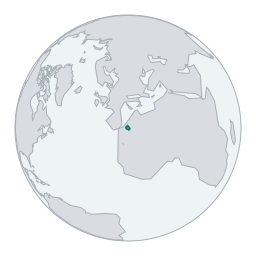 Naâma highlighted on a globe, orthographic projection, rotated 321°
{"feature_id": "DZA-2149", "entity_name": "Naâma", "entity_type": "Province", "adm_level": 1, "iso_a3": "DZA", "parent_name": "Algeria", "parent_adm1": "", "projection": "orthographic", "projection_center": [-0.771, 33.209], "detail": "fine", "context": "on_globe", "style": "filled", "palette": "teal", "viewbox_px": 256, "rotation_deg": 321, "n_neighbors": 0, "source": "natural_earth", "source_scale": "10m", "svg_char_len": 9821}
<svg xmlns="http://www.w3.org/2000/svg" viewBox="0 0 256 256"><g transform="rotate(321 128 128)"><circle cx="128" cy="128" r="113" fill="#eef3f6" stroke="#a8b0b8"/><path d="M26.9,78.4L27.8,76.5L39.5,58.3L44.7,52.2L50.2,46.5L56.2,41.2L56.5,41.0L65.7,34.8L62.8,36.8L65.4,35.4L69.1,32.9L70.9,31.7L84.7,25.6L97.6,20.7L100.0,19.4L100.8,19.7L104.1,18.0L106.9,17.4L108.2,17.1L104.4,18.0L104.6,18.1L109.1,17.1L110.4,17.1L113.3,16.7L114.3,16.8L111.0,17.8L111.6,18.0L114.8,17.4L117.8,17.3L113.1,18.2L117.9,18.3L113.2,20.7L99.7,24.2L98.1,26.7L86.8,33.6L88.9,33.5L85.9,36.5L87.2,37.6L84.7,38.8L87.8,38.6L89.8,37.3L91.9,36.8L92.8,37.4L89.8,39.1L88.9,39.0L88.5,39.8L86.7,40.4L88.1,40.5L84.4,42.5L89.4,41.4L87.6,43.9L84.8,45.1L83.4,43.7L73.3,43.8L70.0,45.1L66.8,48.0L64.3,55.9L61.4,58.0L58.7,61.8L61.1,61.1L64.0,57.9L67.8,57.7L71.0,54.2L73.0,53.7L76.9,50.8L78.1,52.8L77.2,56.3L73.9,58.9L73.4,60.7L78.0,59.6L73.4,66.1L72.8,73.6L71.4,75.3L66.1,75.7L62.4,71.8L55.4,73.5L61.7,74.1L58.2,78.8L58.3,80.5L59.6,81.3L61.7,80.3L60.8,82.4L54.3,82.3L54.9,80.3L57.0,80.3L55.2,78.6L50.8,79.1L49.3,81.8L44.1,80.6L43.0,82.5L41.3,83.6L43.4,80.4L39.5,86.2L33.2,87.5L27.8,97.9L31.1,87.5L31.1,84.4L30.6,81.7L29.7,83.4L30.3,78.4L28.6,78.4L24.7,85.0L21.8,92.4L21.4,96.9L22.8,94.7L23.4,97.1L19.7,104.1L20.2,110.8L18.3,117.2L18.0,122.3L19.1,124.1L19.9,128.5L21.7,126.4L24.0,127.3L22.9,133.0L25.1,129.6L25.8,134.0L31.1,139.8L30.4,140.6L34.7,152.2L41.3,160.2L42.8,165.4L41.8,167.3L44.5,169.8L44.6,171.5L56.9,180.5L64.5,187.6L65.2,193.0L60.6,196.7L60.6,206.9L53.4,205.9L54.4,209.4L53.7,211.9L49.0,208.0L53.3,212.2L53.1,212.1L46.1,205.3L39.7,197.9L34.0,190.0L28.8,180.3L26.5,175.6L22.6,167.0L17.5,148.2L17.5,144.1L17.0,140.3L18.8,136.2L19.2,127.7L18.9,125.2L17.9,126.7L17.5,117.2L18.6,109.8L23.5,85.9L26.9,78.4ZM26.0,101.0L26.7,111.9L24.8,109.1L25.4,108.8L25.6,105.3L25.3,100.6L24.0,98.6L26.0,101.0ZM29.8,98.2L29.6,96.8L30.0,97.8L29.8,98.2ZM71.6,31.2L69.0,32.9L65.2,35.3L67.2,33.8L71.6,31.2ZM79.0,27.3L78.2,27.9L75.4,29.0L76.7,28.3L79.0,27.3ZM101.3,18.8L99.1,19.4L100.9,18.8L101.3,18.8ZM113.5,16.6L115.1,16.4L113.5,16.6ZM76.0,50.0L76.5,50.4L75.5,50.7L76.0,50.0ZM77.3,48.4L75.9,48.5L76.3,47.8L77.2,47.8L77.3,48.4ZM118.0,16.6L120.2,16.5L117.4,16.7L118.0,16.6ZM79.0,48.5L77.2,46.5L77.9,45.3L81.9,44.2L79.0,48.5ZM121.1,16.6L126.3,16.9L127.4,16.5L127.5,17.9L122.9,17.1L119.4,17.3L121.3,16.9L121.1,16.6ZM90.1,36.6L88.0,38.1L88.9,36.4L90.1,36.6ZM90.1,35.7L89.9,31.6L93.5,30.0L92.8,31.6L96.7,29.2L98.6,30.4L96.8,32.0L94.2,32.7L96.9,32.6L90.1,35.7ZM126.7,18.8L127.4,19.1L126.0,19.0L126.7,18.8ZM92.7,36.5L92.4,35.8L95.4,34.3L96.7,35.5L95.3,35.6L92.7,36.5ZM96.9,28.2L99.3,27.4L101.5,28.1L102.8,27.9L98.9,30.3L96.9,28.2ZM95.1,36.2L97.3,36.2L96.7,37.6L93.3,37.2L95.1,36.2ZM95.7,33.4L97.2,32.8L96.8,33.5L95.7,33.4ZM95.8,42.5L95.3,41.4L96.8,40.5L95.8,42.5ZM98.1,36.2L98.3,35.7L98.9,35.3L100.1,35.6L98.1,36.2ZM100.7,30.7L101.1,31.2L102.4,29.7L104.1,30.4L101.2,31.9L103.1,31.5L103.6,31.7L100.7,32.8L100.7,30.7ZM103.1,34.7L100.0,37.1L100.6,39.2L99.2,40.0L98.6,36.6L103.1,34.7ZM102.0,33.4L102.4,34.4L100.5,34.8L99.0,34.5L102.0,33.4ZM106.2,30.3L104.4,28.9L105.1,28.6L106.2,30.3ZM103.6,35.2L104.4,34.6L103.9,35.3L103.6,35.2ZM105.9,31.6L105.1,31.1L105.9,30.8L105.9,31.6ZM106.5,33.9L105.5,34.6L104.4,34.4L106.5,33.9ZM106.5,32.8L107.8,32.5L104.7,33.8L106.0,32.6L106.5,32.8ZM106.7,31.4L107.0,31.1L106.9,31.7L106.7,31.4ZM110.9,34.6L107.2,36.4L105.0,35.7L108.8,34.1L110.9,34.6ZM153.5,18.3L152.4,18.1L141.2,16.9L146.1,17.3L146.2,17.5L148.6,18.0L152.0,18.4L151.7,18.2L162.9,21.8L173.3,25.5L169.8,23.7L170.3,23.7L174.0,25.2L181.6,28.9L188.9,33.2L195.8,38.1L202.4,43.4L202.5,43.5L199.8,41.3L204.5,45.4L205.7,46.4L205.4,46.1L211.4,52.3L216.9,58.8L221.9,65.8L226.4,73.1L230.2,80.7L233.5,88.7L236.2,96.8L234.7,92.4L235.9,96.8L234.6,93.3L231.8,89.4L232.7,95.7L235.0,111.4L237.3,120.9L237.2,127.3L232.2,118.1L228.5,110.1L227.7,113.0L221.7,109.2L214.2,116.4L212.3,114.7L211.1,117.3L206.8,117.3L203.6,114.3L201.4,116.2L209.7,123.9L212.0,122.0L212.7,116.1L214.7,119.4L218.8,120.3L217.2,133.0L204.7,150.5L202.1,143.7L185.6,128.0L185.3,125.4L185.2,125.2L184.9,124.8L184.8,129.2L181.5,125.9L191.8,138.0L194.1,143.8L204.5,151.1L203.9,152.7L206.9,153.5L214.7,145.6L215.0,148.1L212.1,161.8L200.1,182.8L201.0,191.2L198.8,199.0L189.6,207.1L188.8,211.9L183.8,215.3L182.4,218.1L177.4,222.1L169.8,226.4L158.6,229.1L159.2,227.1L155.6,223.7L151.2,212.8L155.4,206.1L155.0,201.2L146.7,190.7L148.6,183.5L146.1,180.8L141.0,182.1L137.9,178.8L134.8,178.9L113.9,181.9L106.8,176.9L96.4,161.1L99.6,155.2L98.8,147.8L119.8,122.8L125.8,124.1L144.0,119.1L146.5,119.7L146.0,125.9L161.0,130.6L163.9,124.8L175.9,125.6L182.8,123.1L182.3,111.3L171.0,115.3L167.4,110.6L175.1,102.8L184.8,99.7L183.7,97.8L176.2,95.6L177.0,90.9L173.5,94.5L176.0,96.0L173.8,98.4L171.4,97.3L171.8,95.6L168.5,95.7L167.5,104.2L169.9,106.6L162.1,110.3L165.4,114.8L163.8,117.7L157.7,111.3L157.2,108.5L146.9,102.3L146.7,105.5L156.4,111.7L154.0,111.6L153.8,116.5L152.0,112.7L141.5,105.6L133.6,108.6L125.8,121.2L120.7,122.5L115.3,120.3L115.7,108.3L127.1,106.9L127.4,103.0L123.0,97.9L126.9,98.0L126.5,95.9L130.7,95.2L134.5,89.5L138.4,88.4L137.9,81.9L139.8,80.6L139.5,84.8L141.4,87.2L150.9,85.0L152.1,83.3L151.1,79.3L153.8,79.4L151.6,75.9L156.0,73.1L148.7,73.8L147.3,69.6L148.9,65.8L147.1,64.7L144.5,71.0L144.6,73.5L146.8,75.3L146.0,82.7L143.2,84.5L139.0,77.6L134.6,79.5L133.3,73.7L141.3,59.6L145.6,56.2L156.8,58.6L156.9,61.4L153.0,61.8L158.4,64.9L157.1,62.9L159.4,63.1L158.6,59.6L160.2,59.6L156.7,56.4L158.5,56.1L160.7,58.1L161.1,53.0L164.4,51.6L163.7,50.5L162.0,49.7L167.3,48.7L166.6,48.0L164.6,48.0L161.8,46.6L159.0,43.8L161.0,43.6L162.3,44.5L167.9,46.5L171.0,49.3L171.6,49.0L169.3,46.5L162.4,44.1L160.2,42.5L163.5,43.2L162.1,42.9L161.6,42.0L163.0,41.1L159.3,40.2L151.2,32.5L153.0,30.3L156.8,31.5L153.2,26.9L155.5,25.4L153.7,25.3L150.7,23.5L149.9,23.9L148.8,23.8L140.8,20.0L140.4,19.2L134.9,18.1L133.9,18.2L133.9,18.6L127.5,17.9L127.4,16.5L129.5,16.4L128.0,15.9L133.2,15.9L136.7,15.9L143.3,16.7L145.5,16.9L144.7,16.7L146.4,16.9L153.5,18.3ZM114.4,136.1L114.3,138.4L114.4,136.1ZM196.4,102.0L201.2,99.4L196.6,93.9L198.1,92.6L196.0,91.4L196.3,93.6L190.8,89.9L192.0,86.7L190.2,84.1L188.4,84.9L187.1,91.5L195.0,96.6L194.9,100.1L196.4,102.0ZM31.3,139.9L31.8,141.7L30.8,140.8L31.3,139.9ZM23.7,110.9L24.2,112.3L24.3,113.8L23.7,113.1L23.7,110.9ZM30.2,121.5L31.2,123.5L29.8,122.4L30.2,121.5ZM27.0,113.4L29.3,120.3L26.7,119.0L25.4,114.8L26.8,116.3L27.0,113.4ZM27.9,100.8L28.1,102.0L27.5,102.8L27.9,100.8ZM30.2,98.9L30.0,98.7L30.2,97.5L30.2,98.9ZM58.6,78.8L59.0,78.9L60.0,80.2L58.8,80.3L58.6,78.8ZM68.4,82.0L66.8,85.4L67.1,82.9L65.2,83.6L63.5,79.6L70.7,76.0L67.7,78.3L68.4,82.0ZM63.2,73.6L63.5,76.3L62.9,73.5L63.2,73.6ZM120.4,85.7L122.4,86.9L121.8,89.4L116.9,91.6L117.7,87.8L120.4,85.7ZM125.5,88.0L122.8,81.0L125.7,79.6L124.5,81.5L126.8,81.3L125.4,84.4L130.9,90.3L130.7,93.0L121.7,95.0L124.8,92.7L122.6,91.6L125.5,88.0ZM110.6,67.9L109.4,65.5L117.3,65.5L117.5,67.8L112.6,69.9L109.5,68.4L110.6,67.9ZM86.4,47.3L85.4,46.9L86.2,46.4L87.7,46.3L86.4,47.3ZM95.4,42.1L91.4,48.8L90.1,48.6L89.3,53.1L85.5,54.4L86.2,51.3L82.7,55.9L81.8,53.7L79.8,56.9L81.7,50.1L80.7,48.5L83.2,49.7L86.7,48.5L87.9,47.5L90.6,43.6L90.3,40.0L93.6,38.4L96.1,38.3L96.7,39.0L94.3,39.7L96.8,40.1L93.8,41.6L95.4,42.1ZM123.1,41.9L120.1,41.8L124.6,44.0L121.7,45.1L122.4,45.3L120.9,47.0L120.3,49.4L118.7,49.6L119.2,50.5L118.2,51.8L118.3,53.1L115.5,54.1L115.4,55.8L114.1,55.3L114.6,58.1L113.0,56.5L111.5,58.1L113.9,58.9L98.5,62.2L93.4,65.3L90.0,68.9L87.6,66.0L89.2,60.9L93.0,55.5L98.3,53.1L96.3,52.3L98.2,51.0L99.0,52.1L98.9,49.7L100.7,48.9L104.2,45.0L102.9,42.2L104.1,40.8L105.5,41.5L105.7,39.6L109.2,40.2L110.2,39.2L114.5,39.0L116.7,41.2L117.6,40.0L121.0,40.0L123.1,41.9ZM112.1,34.6L115.4,36.7L115.4,38.4L107.7,38.1L106.4,38.9L101.5,39.1L101.7,36.7L103.0,36.8L104.4,36.4L103.8,37.3L105.3,36.3L107.3,36.5L109.0,35.8L109.6,36.6L112.1,34.6ZM148.4,117.0L150.2,117.0L152.8,116.2L152.7,119.4L148.4,117.0ZM141.2,112.3L142.7,111.6L143.8,115.5L142.0,115.7L141.2,112.3ZM142.5,108.1L142.7,111.3L141.5,109.7L142.5,108.1ZM140.8,84.0L142.3,83.3L142.8,84.1L142.5,85.7L140.8,84.0ZM135.9,49.6L134.2,49.1L134.4,48.5L131.9,46.2L133.9,45.3L136.2,46.4L135.9,49.6ZM180.9,113.9L179.5,116.8L178.2,116.1L179.0,115.3L180.9,113.9ZM165.9,118.6L169.8,119.0L165.8,119.5L165.9,118.6ZM137.7,48.3L136.4,47.4L138.2,47.6L137.7,48.3ZM135.3,44.6L137.2,44.6L133.9,45.0L135.3,44.6ZM212.8,190.0L203.7,205.3L200.0,207.5L200.6,204.5L204.8,196.0L209.6,191.3L212.3,186.5L212.8,190.0ZM237.6,121.5L238.9,125.5L238.7,127.7L237.6,121.5ZM153.0,41.7L154.2,45.8L156.3,48.6L159.6,49.7L155.5,50.0L152.2,45.7L153.0,41.7ZM151.2,33.6L148.3,32.8L149.2,32.2L150.0,32.3L151.2,33.6ZM149.7,33.8L146.9,34.7L145.0,33.8L147.6,33.2L149.7,33.8ZM142.4,41.1L142.6,42.3L141.2,42.1L142.4,41.1ZM171.6,24.1L169.0,23.2L167.1,22.5L168.8,23.0L171.6,24.1ZM128.3,18.9L127.5,19.1L127.5,18.7L128.3,18.9ZM148.4,24.0L146.9,23.8L147.0,23.3L148.4,24.0ZM142.7,22.9L143.7,23.7L141.8,23.0L142.7,22.9ZM146.2,25.4L143.8,24.0L147.3,25.2L146.2,25.4Z" fill="#d9dde1" stroke="#a8b0b8" stroke-width="1"/><path d="M127.2,129.9L127.2,129.7L127.3,129.6L127.5,129.5L127.6,129.4L127.1,129.0L126.9,128.9L126.7,128.5L126.8,128.5L126.8,128.4L126.7,128.2L126.5,127.9L126.5,127.7L126.6,127.4L126.5,127.1L126.4,127.1L126.5,126.9L126.4,126.7L126.5,126.6L126.5,126.3L126.6,126.2L126.8,126.1L127.0,126.1L127.3,126.0L127.4,125.9L127.5,125.9L127.5,126.0L127.6,125.9L127.7,126.0L127.8,126.0L128.0,126.0L128.1,125.9L128.3,125.8L128.5,126.0L128.4,126.0L128.5,126.1L128.6,126.4L128.6,126.5L128.8,126.5L128.8,126.4L129.0,126.3L129.2,126.5L129.3,126.4L129.3,126.8L129.3,127.2L129.4,127.7L129.4,127.8L129.3,128.2L129.2,128.3L129.3,128.8L129.1,129.2L129.1,129.3L129.3,129.4L129.3,129.5L129.2,129.7L127.9,130.2L127.7,130.0L127.6,129.9L127.4,129.9L127.2,129.9L127.2,129.9Z" fill="#14b8a6" stroke="#0f766e" stroke-width="1.5"/></g></svg>